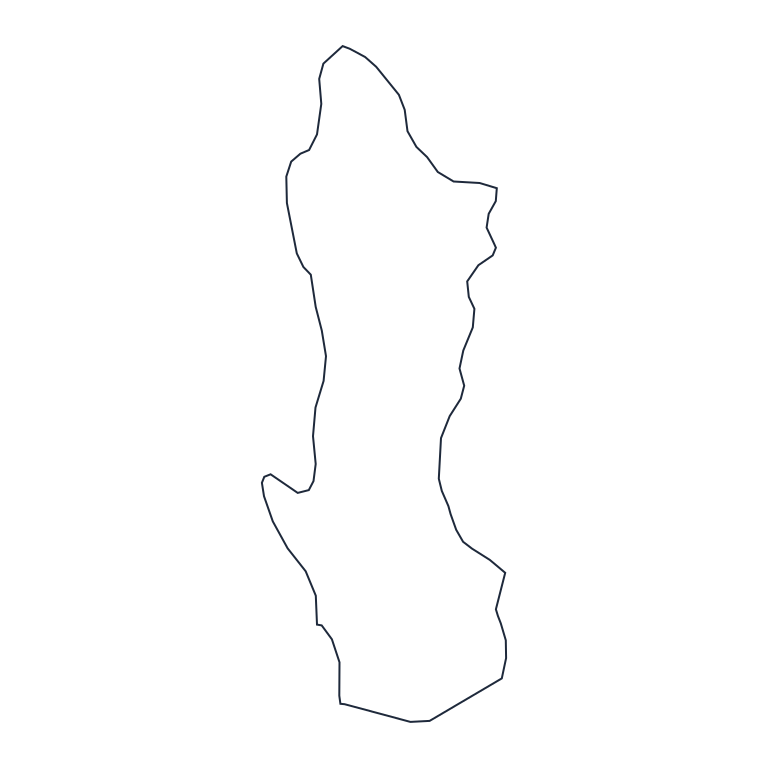 the Province of Namentenga
{"feature_id": "BFA-2824", "entity_name": "Namentenga", "entity_type": "Province", "adm_level": 1, "iso_a3": "BFA", "parent_name": "Burkina Faso", "parent_adm1": "", "projection": "natural_earth1", "projection_center": [-0.489, 13.195], "detail": "fine", "context": "isolated", "style": "outline", "palette": "slate", "viewbox_px": 768, "rotation_deg": 0, "n_neighbors": 0, "source": "natural_earth", "source_scale": "10m", "svg_char_len": 1140}
<svg xmlns="http://www.w3.org/2000/svg" viewBox="0 0 768 768"><path d="M340.4,703.8L339.3,695.7L339.5,662.3L331.9,639.3L321.7,625.4L317.0,624.6L315.8,595.7L305.7,571.3L287.6,548.3L272.8,521.4L264.0,496.2L261.9,482.8L264.3,476.8L270.6,474.3L297.7,492.9L308.8,490.1L313.5,481.1L315.7,464.0L313.0,436.2L315.5,407.5L323.6,380.9L326.0,356.2L321.8,330.6L315.7,306.9L310.8,274.7L303.4,267.0L296.8,253.4L286.9,203.0L286.3,176.6L291.2,161.6L300.4,153.7L309.1,150.0L317.0,134.4L321.3,103.9L319.2,78.9L323.4,63.6L342.6,46.1L349.6,48.7L365.1,57.0L376.2,66.8L398.9,94.8L404.7,109.8L407.5,131.2L416.4,146.9L427.1,157.1L437.8,172.0L453.6,181.5L479.6,183.0L496.8,188.2L495.8,201.1L488.7,213.8L486.6,227.6L494.2,243.9L495.9,247.7L492.7,255.4L478.4,265.2L467.2,281.4L468.8,296.9L474.4,308.8L472.8,327.4L463.3,350.5L459.5,368.5L464.2,385.7L460.8,398.7L449.7,416.1L441.0,438.1L438.8,478.7L441.8,490.9L448.4,506.1L450.6,514.1L456.2,529.8L463.1,541.8L472.1,548.7L489.8,559.9L505.2,572.8L495.9,609.3L497.9,615.9L500.8,623.4L505.8,640.3L506.1,658.1L501.8,678.4L429.6,720.9L410.4,721.9L344.6,704.2L340.4,703.8Z" fill="none" stroke="#1e293b" stroke-width="2"/></svg>